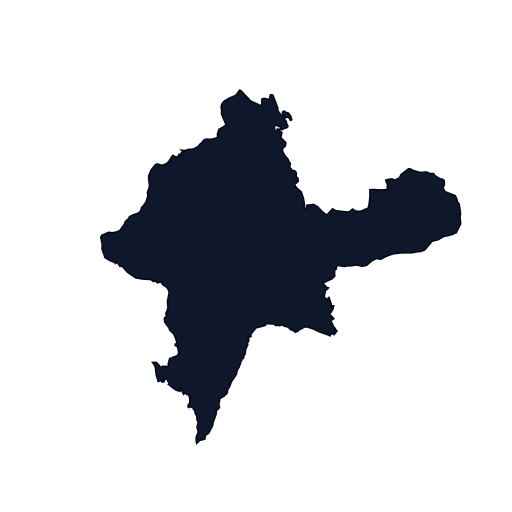 the district of Cristuru Secuiesc, Harghita, Romania, rotated 131°
{"feature_id": "2599482B57378647357474", "entity_name": "Cristuru Secuiesc", "entity_type": "district", "adm_level": 2, "iso_a3": "ROU", "parent_name": "Romania", "parent_adm1": "Harghita", "projection": "mercator", "projection_center": [25.043, 46.281], "detail": "fine", "context": "isolated", "style": "filled", "palette": "ink", "viewbox_px": 512, "rotation_deg": 131, "n_neighbors": 0, "source": "geoboundaries", "source_scale": "gbopen_adm2", "svg_char_len": 6145}
<svg xmlns="http://www.w3.org/2000/svg" viewBox="0 0 512 512"><g transform="rotate(131 256 256)"><path d="M436.4,177.8L431.9,177.4L429.3,175.4L427.4,174.5L424.9,176.5L420.6,175.5L414.4,176.9L412.3,177.5L409.7,179.2L401.7,182.2L398.6,184.4L394.4,184.0L391.9,187.2L390.3,187.7L387.4,189.8L382.6,188.0L381.2,188.2L380.1,187.8L378.2,187.9L377.2,188.4L376.0,189.5L371.8,190.2L367.2,192.0L358.1,193.2L357.2,193.7L357.1,194.1L353.0,195.5L351.4,195.7L347.1,197.3L345.0,198.4L344.1,198.3L343.2,198.8L341.3,198.3L339.0,199.8L337.2,199.9L335.2,201.1L334.3,202.0L329.5,203.7L328.7,203.7L327.4,205.2L324.1,206.1L322.9,207.9L322.2,208.3L320.4,206.9L319.7,207.1L318.8,208.5L309.8,208.8L309.2,208.0L302.1,203.3L300.9,204.4L300.5,204.0L295.7,198.0L295.5,195.3L294.2,194.5L293.9,193.5L292.9,192.3L290.7,191.1L290.7,189.3L288.6,185.0L289.0,181.5L288.1,180.1L287.7,176.2L285.0,174.9L282.8,175.0L281.4,174.0L278.1,172.9L276.9,172.0L275.8,170.3L273.7,165.4L271.9,159.0L268.5,150.3L267.8,147.7L264.6,148.2L264.2,145.5L259.5,145.6L259.3,147.7L260.4,147.8L260.6,148.9L258.6,148.7L258.6,150.8L256.9,154.1L256.2,156.5L255.5,156.9L252.2,156.1L251.5,162.5L249.1,162.4L245.6,163.1L242.6,164.7L244.2,166.6L243.0,167.5L239.3,173.8L239.7,174.0L241.3,173.6L242.2,174.3L242.1,175.7L242.5,176.0L241.9,177.9L236.3,180.9L233.2,180.3L232.4,180.5L233.5,182.4L232.9,184.4L233.0,185.7L232.2,187.7L223.6,183.7L219.3,183.3L218.9,184.1L214.9,187.5L213.7,186.8L213.1,186.9L212.1,187.9L209.4,188.3L208.4,186.2L205.9,182.4L203.0,180.1L202.1,178.8L197.4,174.7L196.5,173.6L194.3,169.3L193.0,168.2L190.5,166.4L183.5,165.3L179.1,163.5L178.5,163.0L177.1,160.2L175.7,159.3L172.6,158.2L168.8,156.4L164.3,153.8L158.5,148.5L151.1,140.2L147.3,137.3L144.6,134.7L140.8,132.6L129.3,132.7L124.3,129.2L118.5,127.3L113.5,123.6L109.9,121.3L108.8,121.3L107.2,120.1L97.4,122.6L92.2,128.1L90.2,129.0L83.4,136.7L83.0,139.2L81.5,141.3L79.7,145.0L83.4,155.7L81.8,159.6L78.5,160.6L75.6,163.3L75.6,165.6L76.9,167.6L77.5,170.7L77.8,173.7L77.7,175.0L77.2,176.0L79.8,179.2L80.4,181.7L81.1,182.9L84.4,186.0L86.0,188.4L88.5,194.3L89.0,196.9L89.9,198.1L99.2,200.0L103.1,199.1L107.5,201.1L108.3,202.1L108.1,203.3L109.9,205.3L113.3,207.9L114.3,206.9L115.7,204.0L117.3,202.5L120.1,200.7L125.3,206.4L128.2,210.4L131.2,213.6L136.4,209.0L142.5,204.8L146.2,202.9L146.6,202.8L149.8,204.7L151.3,205.2L152.9,206.0L154.7,207.6L156.7,210.3L157.2,214.0L161.4,214.5L163.0,216.2L169.4,225.4L170.1,229.2L178.0,229.4L178.7,230.3L179.0,235.6L178.3,242.2L178.9,243.8L178.9,245.1L179.2,246.4L184.4,251.0L186.3,249.0L188.2,250.5L185.5,253.1L182.5,256.6L180.8,258.7L180.9,258.9L178.0,263.6L177.8,265.3L178.0,266.8L177.8,270.0L177.5,271.8L176.8,273.3L176.3,273.7L175.8,274.5L175.5,274.5L174.5,273.3L171.7,273.2L169.5,275.8L170.0,277.5L167.0,279.9L166.5,280.8L166.3,282.9L167.2,284.1L167.6,285.4L167.1,286.5L167.0,288.1L166.1,289.5L164.4,290.1L163.5,291.0L163.2,292.6L161.8,295.7L161.2,300.5L159.3,304.9L157.2,306.6L154.1,305.9L152.2,306.8L150.8,307.9L150.3,315.0L145.8,317.4L145.7,318.1L146.3,319.0L145.4,321.3L145.6,322.5L146.5,323.3L148.2,322.7L149.1,322.8L149.3,323.7L148.9,324.3L145.8,327.2L145.1,327.5L144.3,327.0L143.3,323.4L142.1,323.1L141.7,322.7L142.0,322.0L142.8,321.5L143.8,321.5L144.1,320.9L144.1,319.9L143.2,318.8L141.6,318.6L138.8,316.8L137.8,316.7L136.8,317.4L136.4,318.3L136.3,319.3L134.7,321.1L134.3,322.4L134.4,323.8L133.8,324.5L132.6,324.6L130.3,323.1L130.3,320.9L131.1,319.2L130.4,318.5L129.6,318.4L127.7,321.5L126.8,325.3L127.1,326.2L127.8,326.8L128.0,329.6L128.6,330.3L129.8,330.4L130.8,329.9L131.7,328.0L132.3,327.7L132.9,328.8L133.0,330.4L131.9,334.8L129.7,337.1L123.4,348.9L124.9,350.9L129.3,348.6L131.6,353.3L133.7,354.6L137.9,350.9L139.5,351.4L142.6,362.4L142.0,365.1L141.8,369.1L141.1,375.1L141.4,377.2L147.8,376.7L155.1,380.1L159.9,381.6L162.4,381.7L164.6,381.2L166.6,379.9L168.6,377.6L171.3,375.4L176.9,364.4L184.8,367.1L189.7,364.9L190.9,363.2L191.4,363.1L193.3,363.6L197.1,366.3L198.7,368.0L199.5,369.3L201.6,371.2L204.5,371.6L206.0,371.0L207.3,371.7L210.8,371.5L215.1,372.9L217.3,374.3L219.5,376.6L223.3,379.1L225.0,381.7L225.0,380.3L225.8,380.0L227.3,380.1L228.4,378.3L229.2,379.3L229.2,380.3L229.5,380.9L231.3,380.2L233.5,380.9L233.9,381.4L234.5,384.8L234.7,385.0L241.9,383.9L244.6,384.1L248.0,385.6L249.4,386.8L251.2,390.9L252.9,391.9L260.1,391.6L265.4,389.8L267.6,388.3L273.0,382.4L274.4,381.6L279.2,379.7L281.9,376.9L287.0,374.6L291.8,374.0L294.6,374.2L297.3,372.7L300.8,373.0L306.4,376.2L309.5,377.3L311.3,376.7L315.3,377.3L319.0,376.1L326.4,375.6L329.6,377.3L331.7,378.9L333.1,380.2L334.2,382.1L335.0,382.9L341.5,386.0L343.6,385.6L348.1,379.8L351.8,376.8L356.3,368.9L355.4,363.2L353.7,358.8L353.8,357.0L351.8,357.3L353.1,351.9L351.6,350.1L352.6,342.4L351.5,332.6L348.1,326.8L343.3,320.6L342.3,317.5L342.7,317.3L342.7,316.8L341.9,316.6L340.7,314.9L341.1,312.8L340.6,312.4L338.6,311.8L338.8,311.3L337.5,310.4L337.3,309.8L338.3,309.4L338.2,308.8L338.7,308.2L338.9,307.3L338.1,302.2L338.6,301.7L339.3,299.4L340.4,297.7L348.6,292.9L350.7,290.7L352.2,289.5L352.4,288.1L353.7,288.3L355.1,287.4L358.0,286.6L359.1,285.8L360.2,283.8L362.8,284.5L363.9,283.7L365.8,281.5L367.3,274.9L367.7,273.6L368.5,273.0L368.8,268.1L369.0,266.7L370.3,263.7L373.2,259.0L374.1,258.7L375.6,259.1L376.5,258.3L376.5,257.7L375.9,256.5L376.1,255.6L379.6,251.0L381.0,250.3L383.3,250.2L386.3,252.0L388.7,252.9L389.9,254.0L394.7,251.7L396.9,249.6L397.7,250.3L398.0,251.4L399.1,252.2L400.2,254.1L401.1,253.9L402.5,255.0L401.7,260.0L401.8,261.7L404.2,264.3L404.8,261.7L406.2,258.8L411.3,253.2L414.9,247.4L413.1,246.4L412.3,246.5L412.2,245.8L412.8,244.6L412.4,243.7L411.2,242.8L408.4,244.4L408.0,243.7L407.8,241.7L408.0,240.9L408.6,240.4L408.4,238.6L409.8,237.8L410.4,237.9L410.0,230.7L409.6,228.1L408.0,224.5L406.2,226.5L405.3,226.0L408.0,219.8L404.9,219.6L406.1,217.3L405.0,216.4L405.0,215.5L407.1,212.5L409.7,210.0L410.2,209.7L413.1,209.4L414.3,208.6L414.6,207.6L414.5,207.2L412.7,207.1L412.8,206.3L411.9,204.1L412.8,202.6L412.6,201.3L415.2,197.7L415.2,196.7L415.9,195.4L418.4,193.1L419.4,190.5L423.8,188.4L426.2,184.8L427.4,183.8L430.8,182.8L433.1,181.5L435.0,179.6L436.4,177.8Z" fill="#0f172a" stroke="#020617" stroke-width="1.5"/></g></svg>